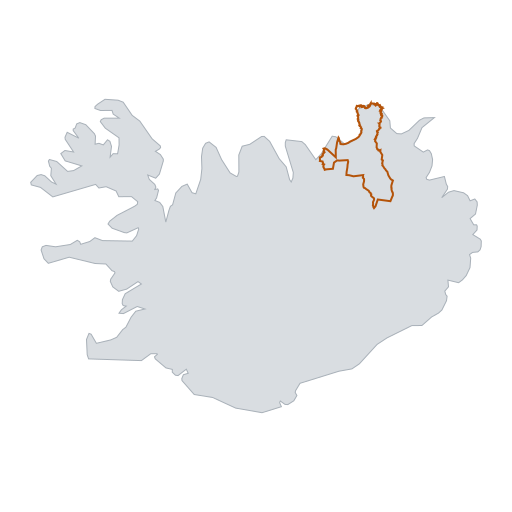 Norðurþing, Norðurland eystra, Iceland shown in context
{"feature_id": "244011B18729557885943", "entity_name": "Norðurþing", "entity_type": "district", "adm_level": 2, "iso_a3": "ISL", "parent_name": "Iceland", "parent_adm1": "Norðurland eystra", "projection": "orthographic", "projection_center": [-16.378, 66.009], "detail": "fine", "context": "in_parent", "style": "outline", "palette": "amber", "viewbox_px": 512, "rotation_deg": 0, "n_neighbors": 0, "source": "geoboundaries", "source_scale": "gbopen_adm2", "svg_char_len": 9396}
<svg xmlns="http://www.w3.org/2000/svg" viewBox="0 0 512 512"><path d="M396.8,133.6L401.4,133.9L408.9,130.4L419.5,120.2L424.0,117.9L434.4,117.6L422.0,127.6L417.5,138.3L414.1,143.6L414.2,145.9L423.3,152.1L427.6,149.9L429.5,150.7L431.3,153.7L432.6,159.6L432.0,165.9L429.5,172.3L426.1,177.6L426.7,179.3L429.5,180.1L444.4,176.5L446.3,184.1L447.7,186.6L447.4,189.2L441.7,197.7L448.5,192.2L454.0,190.6L463.6,192.8L467.6,195.7L470.1,200.8L474.8,199.0L477.1,201.9L477.3,205.1L475.5,214.0L470.1,218.6L473.7,224.8L476.6,224.8L477.2,226.2L477.0,230.0L472.8,234.6L480.3,239.2L481.3,241.0L481.1,246.7L480.0,249.9L477.8,251.9L472.6,252.4L469.5,254.6L470.7,258.1L470.0,267.6L466.2,275.6L462.4,279.9L458.6,282.7L447.9,280.1L448.5,286.8L444.8,291.1L445.7,294.5L447.1,296.2L446.5,300.7L441.9,310.0L438.5,313.1L431.7,316.9L421.9,325.5L411.8,325.6L387.0,337.9L377.1,344.4L359.4,363.8L351.9,368.9L339.0,371.2L300.0,383.3L295.5,390.8L295.2,392.5L296.9,395.5L293.8,400.8L287.8,404.6L285.0,404.4L280.3,401.0L279.6,402.6L281.4,406.7L262.0,412.7L235.7,408.1L212.7,397.5L194.2,394.5L182.0,380.6L181.8,378.6L183.4,374.7L188.2,373.3L186.3,369.2L178.0,375.6L175.4,375.2L172.3,372.2L172.3,369.4L165.9,367.9L155.2,358.8L154.5,356.8L157.4,354.3L157.0,353.7L150.8,353.7L141.4,360.6L88.6,358.9L87.2,354.7L86.5,339.5L89.0,333.4L91.1,334.2L96.4,343.3L110.8,339.9L116.7,337.3L122.7,329.6L125.9,327.2L131.1,317.2L135.8,311.2L144.9,309.0L137.2,306.5L123.4,313.6L119.0,313.2L121.4,309.8L126.2,306.1L123.2,305.6L122.2,303.6L122.4,299.7L125.2,293.7L141.4,284.0L138.0,281.6L126.7,289.1L118.7,291.3L112.8,286.9L110.3,281.4L110.7,279.2L115.0,272.9L114.5,271.6L112.0,270.7L105.9,264.0L95.1,263.5L69.2,257.2L48.3,263.3L44.0,258.8L41.1,250.0L42.3,246.8L46.0,245.4L55.6,246.8L70.3,244.5L77.3,240.3L79.7,241.8L80.7,244.3L89.8,241.5L94.9,237.7L102.5,240.6L132.3,241.1L136.6,235.7L138.7,229.1L138.2,227.7L126.8,232.9L124.3,232.6L112.1,228.2L108.0,224.0L109.7,221.2L117.0,215.4L134.7,206.2L137.3,204.3L137.7,201.7L131.5,196.6L118.8,196.7L116.1,191.0L106.1,186.7L98.9,188.0L95.6,184.4L52.8,196.9L40.5,187.4L31.3,184.9L30.7,182.3L37.2,175.5L41.1,174.6L44.8,175.8L51.4,181.9L56.1,184.2L50.8,175.7L51.4,168.3L49.7,166.2L48.4,161.1L49.4,159.5L56.7,161.5L67.6,171.4L73.6,170.6L81.8,165.9L65.2,160.9L60.8,153.6L64.9,150.5L73.6,152.0L65.2,139.3L65.0,137.2L67.2,132.3L78.8,138.2L73.2,130.6L73.2,129.1L75.2,128.0L76.7,123.9L79.8,122.6L85.8,124.7L94.4,133.7L95.5,136.1L95.1,144.2L98.9,143.3L103.3,144.9L107.5,139.8L109.9,141.3L111.5,146.4L110.1,157.2L113.1,153.7L117.6,153.8L119.1,145.0L119.0,137.8L105.3,128.2L100.3,121.6L101.2,119.7L104.1,118.2L119.3,118.2L113.2,114.1L112.0,110.4L100.5,110.5L94.9,108.5L95.0,106.6L97.6,104.2L105.0,99.3L118.1,100.2L123.2,102.2L132.2,115.4L139.8,121.1L152.1,138.8L160.3,145.9L160.6,147.6L159.0,149.3L155.4,151.3L160.4,154.6L163.3,159.1L163.3,161.0L159.4,174.1L155.7,178.2L147.7,175.0L149.3,179.4L154.8,184.4L155.9,187.1L154.8,189.5L157.7,188.9L158.5,190.4L156.6,197.9L154.9,200.5L159.7,202.4L162.8,206.5L165.8,222.1L168.9,210.5L170.4,206.3L172.6,204.8L175.8,193.0L181.9,186.4L187.2,184.1L192.0,192.7L195.8,193.8L200.7,179.4L201.9,168.6L201.5,156.6L202.7,148.2L205.6,143.3L209.1,141.9L216.1,147.4L221.6,159.6L230.1,172.9L236.4,176.5L237.5,176.2L238.9,172.0L238.8,155.0L242.2,146.2L249.8,144.3L261.6,136.5L264.2,136.4L269.7,141.4L279.2,158.7L286.2,166.9L289.6,179.6L291.2,182.0L292.9,178.1L293.3,172.5L285.3,146.1L285.3,142.6L286.2,139.8L301.8,141.6L305.3,144.6L315.8,159.7L321.3,153.7L332.2,136.2L335.9,136.8L344.8,144.1L348.4,143.5L359.1,137.1L361.3,128.9L356.9,112.2L358.8,108.7L368.4,104.6L378.9,105.4L389.8,120.8L390.4,128.0L396.8,133.6Z" fill="#d9dde1" stroke="#a8b0b8" stroke-width="1"/><path d="M382.2,115.2L381.6,114.9L381.3,115.1L381.0,115.0L380.9,114.3L381.6,113.5L380.9,112.9L380.8,113.1L380.5,113.0L380.5,112.7L380.9,112.6L380.9,112.1L380.5,111.7L380.5,111.2L380.4,111.0L380.8,111.0L380.8,111.4L381.2,111.3L381.3,111.1L381.2,110.7L380.7,110.7L380.9,110.5L380.8,110.4L380.9,110.1L380.6,109.6L381.5,109.1L381.8,109.3L382.0,108.8L381.7,108.6L381.3,108.7L381.1,108.1L381.3,108.3L382.1,108.0L382.5,108.3L382.7,108.2L382.1,107.9L381.5,108.2L381.2,108.1L381.1,107.9L381.3,107.3L381.6,107.1L380.9,106.9L380.7,106.6L380.2,107.1L379.8,107.0L379.7,106.7L379.8,106.3L380.0,106.3L379.9,106.0L380.2,105.9L380.1,105.5L380.0,105.3L379.5,105.7L379.9,106.0L379.3,106.1L379.5,106.0L379.2,105.7L379.5,105.7L379.4,105.1L378.5,105.3L378.1,105.0L378.0,104.1L377.4,103.1L377.1,103.1L377.1,104.0L376.9,104.5L376.5,104.5L375.9,104.1L375.7,104.2L375.6,104.4L375.7,104.2L376.4,104.5L375.9,104.6L375.8,105.4L375.7,105.5L375.4,105.1L375.5,105.0L375.3,105.1L375.0,104.7L374.9,104.5L375.0,104.4L374.8,104.2L374.6,104.1L374.6,104.4L374.3,104.4L373.9,104.1L373.6,103.6L373.1,103.7L372.2,103.4L371.0,103.9L370.7,103.7L370.7,103.2L370.5,103.5L370.2,104.0L370.3,104.4L370.2,104.7L370.2,105.2L369.7,106.3L369.4,106.6L368.9,106.5L369.2,106.6L368.9,106.9L368.4,105.9L368.7,105.8L368.8,106.0L368.8,105.5L368.4,105.4L368.2,105.8L368.5,106.1L368.4,106.5L368.0,106.9L368.3,107.2L368.2,107.5L367.1,108.0L366.4,107.9L366.0,108.3L365.1,108.1L365.1,107.7L364.9,107.4L365.0,107.1L364.5,106.8L364.1,106.0L363.8,105.9L362.8,105.9L362.7,106.2L362.7,106.5L362.1,106.5L362.0,106.9L362.1,107.0L361.5,107.1L361.3,106.9L361.2,106.7L361.3,106.6L361.2,106.4L361.3,106.3L361.3,106.0L361.5,106.0L361.5,105.7L361.0,105.2L359.3,105.6L359.5,105.8L359.6,106.0L359.4,106.4L358.8,105.8L357.7,106.3L356.8,105.9L356.7,106.1L356.6,106.7L356.0,107.8L356.0,108.2L355.8,108.4L355.7,108.8L356.4,109.5L356.5,109.9L356.8,110.1L356.9,110.6L356.8,111.3L357.1,111.4L356.9,111.8L357.5,112.3L357.8,113.7L358.6,115.1L358.3,115.4L357.9,115.5L357.8,115.2L357.5,115.5L357.6,115.8L357.6,116.2L358.1,116.6L358.1,117.3L358.2,117.6L358.2,118.0L357.8,118.7L358.1,118.8L358.3,119.3L358.1,119.7L358.2,120.1L358.0,120.6L358.2,120.9L358.2,121.4L359.0,122.1L359.0,122.7L359.4,123.1L359.3,123.5L359.5,124.2L359.5,124.9L359.4,125.2L359.8,125.3L359.6,125.9L359.7,126.1L360.4,126.3L360.5,127.0L360.5,126.8L361.1,127.3L361.0,127.8L360.8,128.1L361.3,128.4L361.8,128.9L361.7,130.0L361.4,130.5L361.3,130.9L361.4,132.2L361.4,132.6L360.8,133.7L360.3,134.4L359.7,134.7L359.8,135.1L359.8,135.4L358.4,137.1L355.7,139.0L350.0,141.6L348.1,142.9L345.8,143.8L343.5,144.3L340.9,144.1L340.3,143.8L340.3,143.6L340.4,143.0L340.4,142.5L339.1,140.7L339.3,140.4L338.9,138.6L338.9,138.2L338.5,137.6L337.1,142.3L336.2,148.3L335.7,149.7L335.8,157.3L327.1,149.3L326.3,149.3L326.1,148.8L325.3,148.4L324.6,148.3L323.6,148.6L324.1,149.3L323.9,149.8L324.0,150.0L323.9,150.4L323.6,151.1L323.7,151.5L323.6,151.9L324.2,151.6L324.3,151.8L324.1,151.8L324.3,151.9L324.3,152.2L323.9,153.0L322.8,153.9L322.9,154.2L322.5,154.8L322.9,155.2L322.8,155.7L321.6,156.4L321.5,157.0L319.8,157.4L320.0,160.5L319.9,161.0L322.6,161.5L322.8,162.4L323.0,162.7L323.1,163.4L322.7,164.1L323.2,164.3L323.2,164.0L324.1,164.4L323.7,165.0L323.4,165.7L323.5,166.3L323.3,166.8L324.1,168.4L324.5,168.7L324.6,169.2L324.6,169.5L324.7,169.8L326.7,169.3L332.9,168.8L334.0,162.6L337.1,160.4L339.3,160.6L347.7,160.1L348.2,161.8L347.6,164.6L347.4,167.3L346.6,172.0L346.4,175.0L349.1,175.2L353.5,176.3L363.1,175.1L362.9,175.7L363.1,176.3L363.1,177.0L362.8,177.7L364.0,178.9L364.1,180.0L364.0,181.5L363.2,184.3L363.5,186.9L364.0,187.8L365.2,188.2L365.9,188.9L368.8,190.8L369.1,191.6L369.5,192.3L370.5,192.8L370.7,193.8L371.3,194.2L371.3,194.4L371.0,195.7L371.7,196.5L374.0,198.3L374.1,199.0L373.9,200.2L373.0,202.1L373.0,202.6L373.1,203.9L372.9,205.6L373.4,206.2L373.4,207.1L374.0,208.1L375.5,206.3L377.8,199.5L390.4,201.2L392.4,196.3L392.7,195.9L392.9,195.1L392.9,194.3L392.8,193.9L392.9,193.3L392.6,192.2L392.2,191.9L391.5,189.6L391.6,188.5L391.3,187.9L391.5,187.4L391.3,186.9L391.4,185.3L392.9,180.5L390.9,179.3L390.0,178.1L388.4,175.4L387.7,173.1L387.4,171.8L385.9,170.3L385.5,169.4L384.4,168.3L383.2,166.3L382.4,165.5L382.5,165.3L382.5,164.1L382.2,163.6L382.3,163.4L382.2,163.0L382.4,162.6L382.6,161.4L382.5,161.0L382.8,160.8L382.9,160.4L382.6,160.2L382.4,160.4L382.2,160.1L381.8,159.8L381.6,160.2L382.3,155.0L380.3,151.8L380.4,150.2L379.8,150.6L379.3,150.7L379.1,150.5L379.2,150.2L379.0,149.9L378.8,149.8L378.3,150.2L378.0,149.7L377.5,149.4L377.6,149.2L377.3,148.9L376.6,147.4L376.8,143.4L375.1,141.2L375.2,140.9L375.2,140.2L375.5,139.6L375.5,139.4L375.5,139.2L375.3,139.2L375.4,138.8L375.2,138.8L375.5,138.4L375.3,138.4L375.4,138.2L375.6,137.9L375.7,138.2L376.1,138.0L376.1,137.7L376.2,137.4L376.0,137.2L376.0,136.8L376.2,136.5L376.1,136.4L376.5,135.8L377.1,135.4L377.2,134.9L377.1,134.6L377.4,134.4L377.3,134.2L377.4,133.5L377.5,133.1L377.4,132.8L377.7,132.5L377.4,132.2L377.4,131.9L377.0,131.6L377.0,131.4L376.9,131.1L377.5,130.6L378.0,130.5L378.3,130.2L378.7,129.8L379.0,129.2L379.4,128.9L379.3,128.5L380.3,127.9L380.2,127.8L380.3,127.5L380.0,127.4L379.3,126.4L379.5,125.9L379.3,125.7L379.3,125.0L379.6,124.3L379.6,123.9L379.3,123.6L379.5,123.6L379.5,123.2L379.6,122.9L380.5,122.2L381.0,121.3L380.8,120.8L380.3,120.3L380.6,119.7L380.5,119.1L381.0,118.1L381.1,117.8L381.5,117.7L381.3,117.4L381.4,117.2L382.2,116.6L382.1,116.1L382.3,115.4L382.2,115.2ZM374.1,103.5L373.8,103.5L374.3,103.8L374.2,103.8L374.3,103.9L374.8,104.0L374.1,103.5ZM362.4,105.9L361.9,105.9L361.9,106.1L362.4,105.9ZM375.5,104.7L375.3,104.6L375.5,104.7ZM375.2,104.5L375.1,104.3L374.9,104.1L375.1,104.4L375.2,104.5ZM357.9,118.2L357.6,118.1L357.9,118.2Z" fill="none" stroke="#b45309" stroke-width="2"/></svg>